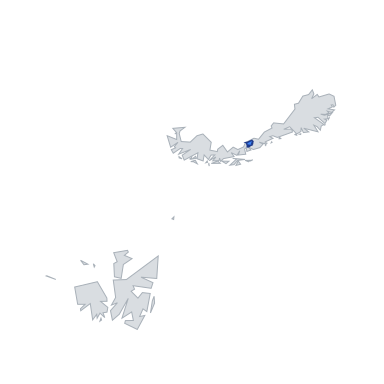 Saltdal nor, Nordland, Norway shown in context, rotated 217°
{"feature_id": "86288312B61921156724393", "entity_name": "Saltdal nor", "entity_type": "district", "adm_level": 2, "iso_a3": "NOR", "parent_name": "Norway", "parent_adm1": "Nordland", "projection": "mercator", "projection_center": [15.291, 66.881], "detail": "fine", "context": "in_parent", "style": "filled", "palette": "blue", "viewbox_px": 384, "rotation_deg": 217, "n_neighbors": 0, "source": "geoboundaries", "source_scale": "gbopen_adm2", "svg_char_len": 4975}
<svg xmlns="http://www.w3.org/2000/svg" viewBox="0 0 384 384"><g transform="rotate(217 192 192)"><path d="M202.9,236.2L196.1,239.5L197.2,241.7L195.5,247.8L187.8,245.3L186.1,252.6L180.9,253.5L177.9,259.1L179.1,263.5L174.9,272.2L170.6,274.2L170.3,283.4L166.6,291.2L168.5,292.4L168.4,296.3L159.8,301.5L159.7,320.2L163.0,323.7L160.4,327.0L161.2,335.3L157.5,340.0L157.4,346.0L153.7,343.7L152.6,338.5L150.7,345.3L147.8,344.3L141.5,352.8L136.2,353.9L129.4,347.8L129.8,345.2L132.0,346.5L133.2,345.3L131.1,344.5L133.4,340.3L127.6,343.3L128.4,339.6L132.6,338.0L130.3,337.6L132.2,334.2L136.1,331.6L132.3,333.1L127.7,339.6L127.9,335.5L130.1,335.2L127.6,332.2L130.0,330.0L127.5,330.4L127.0,326.7L136.3,327.5L138.9,325.0L127.5,325.3L128.5,322.4L126.7,318.6L131.6,319.5L134.9,318.7L127.6,315.9L141.1,310.2L134.9,310.3L138.8,306.5L143.6,309.1L141.4,305.9L143.3,301.4L153.3,302.9L156.5,297.3L150.1,302.3L147.9,300.3L156.7,286.9L161.3,285.6L163.2,283.0L159.6,283.6L163.7,276.1L162.6,274.5L168.3,272.3L164.1,273.0L164.5,268.3L168.6,262.8L174.6,261.8L170.2,261.0L172.6,257.4L175.4,260.1L175.9,258.0L171.8,254.5L177.3,249.4L178.7,253.7L178.2,248.3L184.4,247.0L179.7,245.6L186.9,237.7L187.6,233.7L190.4,235.7L189.3,233.4L194.2,229.3L194.0,234.3L197.1,227.4L196.1,235.3L199.0,233.0L198.4,227.8L204.6,228.9L201.8,223.5L207.9,221.6L210.9,226.9L217.4,212.8L222.0,215.5L218.7,225.2L225.4,214.2L225.7,221.1L227.6,219.7L230.3,211.7L234.0,213.3L231.7,217.4L233.4,217.6L233.1,223.3L236.0,214.9L245.7,222.0L235.8,224.7L239.9,230.1L245.6,231.3L236.6,239.4L238.3,233.6L237.4,231.0L231.0,225.8L223.4,230.8L221.9,239.9L218.2,244.9L206.6,243.3L202.9,236.2ZM178.4,41.7L185.7,48.2L184.9,58.7L188.3,53.2L189.5,61.8L201.9,74.3L191.7,82.6L180.5,120.6L168.1,101.7L181.5,93.3L168.6,96.1L166.7,90.5L182.7,81.7L179.4,79.8L180.9,76.1L171.3,74.7L171.1,81.8L164.3,85.8L156.1,69.3L160.8,69.2L158.9,61.0L155.4,65.0L153.0,49.3L166.7,46.6L167.8,49.2L161.5,54.1L168.0,59.9L172.0,49.1L178.9,68.7L176.5,50.6L178.4,41.7ZM194.4,30.1L206.1,41.7L209.4,30.2L210.8,31.6L209.8,38.0L215.7,33.5L228.5,45.5L213.6,63.4L196.2,56.1L194.1,53.6L199.2,49.6L189.8,49.2L187.6,44.9L190.4,42.0L186.1,39.2L192.6,39.9L191.8,34.1L194.5,37.0L194.4,30.1ZM202.9,77.6L211.4,87.8L209.8,91.3L218.0,96.4L208.4,106.6L206.7,105.7L207.9,100.7L199.8,102.7L203.2,92.8L196.6,80.4L202.9,77.6ZM176.2,245.3L179.8,243.3L169.3,249.9L174.6,244.6L174.9,239.2L177.9,236.2L176.2,245.3ZM181.9,235.1L186.8,234.6L181.0,238.8L181.9,235.1ZM186.7,231.9L193.8,226.4L190.0,232.2L186.7,231.9ZM152.4,70.4L158.2,81.3L159.5,85.9L155.0,80.7L152.4,70.4ZM172.9,239.7L173.7,244.6L169.9,243.4L172.9,239.7ZM211.3,215.5L208.5,219.3L204.7,217.7L209.1,217.0L211.3,215.5ZM211.8,218.3L210.6,222.7L208.9,221.5L211.8,218.3ZM165.0,250.2L168.7,249.2L164.6,252.3L165.0,250.2ZM257.6,37.7L248.1,40.2L257.9,37.2L257.6,37.7ZM234.5,68.9L239.9,70.4L231.7,71.7L234.5,68.9ZM219.9,212.5L222.8,211.5L223.7,212.4L219.9,212.5ZM213.7,217.1L213.1,219.5L212.3,217.5L213.7,217.1ZM198.6,223.6L198.5,225.9L197.4,225.1L198.6,223.6ZM191.9,158.5L191.5,161.3L190.1,159.0L191.9,158.5ZM227.6,75.3L225.1,74.8L224.9,73.2L227.6,75.3ZM154.5,286.9L155.3,288.4L153.2,288.1L154.5,286.9ZM193.8,223.1L195.2,224.0L196.0,225.3L193.8,223.1ZM187.8,33.4L188.8,36.5L187.2,35.3L187.8,33.4ZM144.3,300.4L142.0,300.5L144.4,299.7L144.3,300.4ZM141.0,302.8L140.2,304.0L139.8,303.3L141.0,302.8ZM164.0,252.7L162.8,254.4L164.1,251.6L164.0,252.7ZM127.2,332.7L127.0,334.5L126.8,332.2L127.2,332.7ZM161.6,274.8L161.1,273.5L161.8,273.6L161.6,274.8ZM240.6,227.9L240.3,229.8L240.2,229.4L240.6,227.9ZM162.3,276.0L161.0,276.3L162.6,275.7L162.3,276.0ZM158.4,278.9L158.6,280.1L157.9,279.8L158.4,278.9ZM126.6,325.1L126.1,326.3L126.2,325.3L126.6,325.1Z" fill="#d9dde1" stroke="#a8b0b8" stroke-width="1"/><path d="M172.6,266.8L173.0,266.7L173.4,266.7L173.6,267.1L173.6,267.3L173.5,267.5L173.4,267.5L173.5,267.8L173.4,268.0L173.6,268.1L173.6,268.3L173.7,268.6L173.7,268.8L173.7,269.0L173.8,269.1L174.0,269.1L174.3,269.1L174.6,269.1L175.2,269.3L175.3,269.1L175.4,268.9L175.6,268.7L175.8,268.4L175.9,268.2L176.0,268.0L176.1,267.8L176.2,267.6L176.3,267.5L176.4,267.3L176.9,266.4L177.3,265.6L177.5,265.2L178.2,264.4L178.7,263.9L178.1,264.0L177.3,263.6L176.8,263.1L176.7,263.1L176.0,262.7L175.8,262.6L175.8,262.3L175.6,262.1L175.4,262.0L175.4,261.8L175.2,261.8L174.9,261.8L174.9,262.0L174.9,262.3L174.9,262.2L174.9,262.3L174.8,262.5L174.8,262.8L174.7,262.8L174.8,262.9L174.8,263.0L174.9,262.9L174.9,263.0L174.7,263.0L174.7,262.9L174.7,263.0L174.6,262.9L174.5,263.0L174.5,262.9L174.5,263.0L174.5,262.9L174.6,262.7L174.6,262.4L174.6,262.2L174.5,261.9L174.4,261.9L174.4,262.0L174.4,261.9L174.3,262.0L174.2,262.1L174.0,262.3L173.9,262.4L173.8,262.5L173.7,262.8L173.8,262.8L173.7,262.9L173.7,263.0L173.5,263.3L173.6,263.6L173.5,263.8L173.5,264.0L173.4,264.1L173.2,264.6L173.0,264.8L172.9,264.9L172.9,265.0L172.7,265.3L172.8,265.3L172.7,265.5L172.7,265.8L172.6,266.0L172.7,266.3L172.6,266.7L172.6,266.8L172.6,266.8Z" fill="#3b82f6" stroke="#1e3a8a" stroke-width="1.5"/></g></svg>